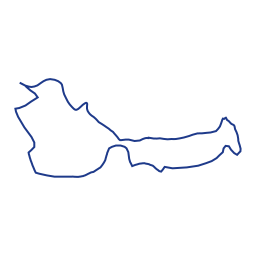 outline of Monchy/Careffe, Gros Islet, Saint Lucia
{"feature_id": "8701671B75171816704867", "entity_name": "Monchy/Careffe", "entity_type": "district", "adm_level": 2, "iso_a3": "LCA", "parent_name": "Saint Lucia", "parent_adm1": "Gros Islet", "projection": "albers", "projection_center": [-60.95, 14.06], "detail": "fine", "context": "isolated", "style": "outline", "palette": "blue", "viewbox_px": 256, "rotation_deg": 0, "n_neighbors": 0, "source": "geoboundaries", "source_scale": "gbopen_adm2", "svg_char_len": 2951}
<svg xmlns="http://www.w3.org/2000/svg" viewBox="0 0 256 256"><path d="M126.5,148.3L128.3,152.1L129.2,158.9L130.1,162.0L130.9,163.4L132.2,166.1L134.5,165.2L135.3,164.9L137.2,164.4L139.4,163.7L141.2,163.5L142.6,163.3L144.4,163.2L145.0,163.4L146.2,163.7L147.6,163.9L148.9,164.2L150.3,164.9L151.7,165.3L152.8,165.7L154.1,166.8L155.5,168.2L156.8,169.3L158.0,170.1L159.2,171.1L161.1,171.6L161.9,170.7L162.7,169.7L163.3,168.9L163.7,168.3L164.0,167.8L164.4,167.3L164.7,166.9L172.5,168.3L186.8,167.4L198.2,165.7L206.0,163.2L211.7,161.1L216.6,158.1L219.5,155.2L222.8,152.2L223.6,148.4L225.6,145.9L225.9,145.9L228.9,146.3L231.0,149.7L234.2,153.1L237.1,154.8L239.4,152.3L240.4,151.4L240.6,148.8L239.7,145.3L239.0,143.2L238.3,140.8L238.2,138.7L237.6,135.2L236.5,132.1L235.1,129.2L234.5,126.2L233.9,125.2L232.9,124.6L231.4,123.9L230.1,122.6L228.9,121.2L227.0,119.9L226.1,118.0L225.9,117.7L225.4,117.9L224.1,118.9L222.9,118.6L222.3,119.8L221.1,123.4L219.9,126.5L218.0,129.0L216.0,131.1L210.5,132.5L207.0,132.8L202.2,133.3L197.5,133.4L192.7,134.7L189.1,136.0L183.9,137.5L179.6,138.4L175.9,139.0L173.8,139.1L171.6,139.0L167.5,139.3L163.7,138.9L159.9,138.3L156.6,138.6L155.8,138.5L153.5,138.5L148.6,137.7L148.5,138.1L146.7,138.0L146.4,138.0L145.2,138.2L143.1,138.9L142.2,139.3L139.8,140.5L134.6,141.0L128.8,139.6L125.6,139.6L121.5,140.1L120.0,140.1L118.9,139.2L117.5,137.2L115.9,135.3L114.3,133.5L113.0,131.9L110.6,130.3L108.8,128.7L106.1,126.9L104.4,125.7L101.8,124.0L98.7,122.1L97.4,120.6L96.5,119.6L95.5,118.6L93.7,117.0L91.6,115.6L89.9,114.1L88.7,112.6L87.6,110.8L87.0,108.7L87.0,106.4L87.2,104.1L87.0,103.3L86.5,102.9L85.8,102.9L84.8,103.4L82.8,104.8L80.9,106.6L78.3,108.9L76.7,109.7L76.4,109.8L75.6,109.8L75.0,109.6L73.8,108.8L71.9,106.9L69.7,104.4L67.9,101.8L66.1,98.3L64.2,94.4L63.3,91.4L62.7,88.0L61.9,84.6L60.8,83.1L58.2,81.2L54.7,79.8L50.1,79.1L46.4,79.8L43.5,81.2L41.1,82.8L37.4,85.4L34.4,86.5L31.4,87.0L28.7,86.6L25.6,85.7L25.1,85.5L26.4,86.9L30.4,90.4L34.9,93.5L37.7,97.4L36.3,98.3L31.2,101.5L25.5,105.5L19.3,108.0L15.4,108.7L16.0,111.7L18.1,116.8L24.4,127.4L31.5,137.0L34.3,142.5L34.3,147.0L31.2,150.2L28.6,152.5L28.9,154.3L29.3,155.5L29.5,156.3L29.8,157.5L30.3,159.0L30.7,160.4L31.3,161.9L32.0,163.8L32.6,165.6L33.1,166.6L33.5,167.7L33.8,168.3L34.2,169.3L34.5,170.1L35.0,171.1L35.5,172.2L35.8,172.7L39.2,173.7L46.9,175.4L54.7,176.7L64.5,176.7L71.1,176.7L72.3,176.6L74.0,176.7L74.9,176.8L75.9,176.8L77.1,176.9L78.2,176.9L79.3,176.7L80.2,176.6L81.3,176.4L82.2,176.2L83.1,176.1L84.0,175.7L84.8,175.5L85.6,175.1L86.3,174.8L88.0,173.9L89.7,173.1L90.6,172.6L91.5,172.3L93.5,171.9L96.5,169.9L97.8,169.1L98.8,168.4L99.9,167.8L100.6,167.2L101.4,166.2L102.6,164.6L104.1,162.3L104.6,161.3L105.1,160.5L105.4,159.6L105.7,158.4L105.9,157.6L106.2,156.7L106.4,155.8L107.0,154.1L107.2,153.0L109.1,148.4L112.0,146.8L116.0,145.5L120.5,145.5L124.6,146.8L126.5,148.3ZM19.7,82.7L22.5,84.2L25.1,85.5L22.1,83.9L19.7,82.7Z" fill="none" stroke="#1e3a8a" stroke-width="2"/></svg>